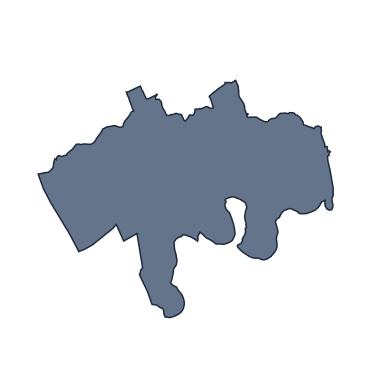 outline of Ploscuteni, Vrancea, Romania, rotated 255°
{"feature_id": "2599482B48240980122833", "entity_name": "Ploscuteni", "entity_type": "district", "adm_level": 2, "iso_a3": "ROU", "parent_name": "Romania", "parent_adm1": "Vrancea", "projection": "robinson", "projection_center": [27.264, 46.078], "detail": "fine", "context": "isolated", "style": "filled", "palette": "slate", "viewbox_px": 384, "rotation_deg": 255, "n_neighbors": 0, "source": "geoboundaries", "source_scale": "gbopen_adm2", "svg_char_len": 6097}
<svg xmlns="http://www.w3.org/2000/svg" viewBox="0 0 384 384"><g transform="rotate(255 192 192)"><path d="M273.4,119.9L268.2,113.4L267.1,112.5L265.5,110.5L265.0,109.4L264.4,107.6L264.3,106.2L264.6,105.1L266.1,101.1L266.5,98.7L266.5,97.1L267.4,95.4L267.9,93.5L268.0,92.5L264.4,87.7L263.6,86.0L262.1,82.6L260.1,79.8L260.2,77.9L260.0,75.1L261.5,73.2L261.6,72.3L261.2,71.4L260.0,70.1L259.4,69.8L258.3,69.5L259.5,68.1L256.3,66.1L252.8,64.7L251.6,64.1L249.9,61.7L248.7,59.5L248.3,58.4L248.3,57.5L248.7,55.3L249.1,48.0L233.3,49.4L218.1,52.8L197.2,58.9L190.4,60.7L187.7,61.7L179.7,63.7L163.6,67.3L163.9,68.4L164.3,71.9L164.6,74.0L166.7,82.2L176.8,105.1L177.6,106.6L180.3,110.4L162.3,113.4L166.1,128.1L131.8,124.7L129.7,122.2L127.2,121.0L126.4,120.0L125.9,119.9L124.7,120.2L124.2,120.3L123.9,120.1L107.7,123.2L93.7,124.3L91.9,128.7L89.0,130.9L87.2,133.1L86.6,133.7L84.8,133.9L81.2,133.3L78.3,133.6L78.0,134.2L77.9,134.8L76.8,137.1L76.4,138.6L76.5,142.2L77.2,146.4L77.8,148.3L78.2,149.1L78.7,150.2L80.1,152.0L81.9,153.6L84.8,155.2L87.0,155.9L90.0,156.2L94.3,155.9L95.6,155.6L100.2,153.5L101.9,152.9L104.0,152.5L106.9,149.4L109.7,147.8L112.7,149.8L115.9,151.6L119.7,153.3L122.4,154.3L123.0,154.8L124.1,156.3L125.4,157.7L126.0,158.1L129.2,159.6L130.7,160.0L134.3,160.1L136.0,160.5L137.9,160.2L142.5,160.5L147.1,161.4L149.1,162.5L149.5,163.0L150.1,163.9L150.9,164.7L151.1,165.1L151.2,166.1L151.5,167.1L151.7,168.5L151.8,170.5L152.8,171.8L153.0,172.5L152.0,174.6L151.6,175.8L150.3,176.9L149.1,179.1L145.4,182.7L143.1,184.6L144.2,185.3L145.3,185.8L147.5,186.1L151.2,189.3L148.3,191.4L144.8,193.4L143.7,194.1L142.0,196.3L137.9,200.1L135.9,201.4L135.1,202.7L135.3,203.0L135.3,203.6L133.7,207.8L133.3,210.0L133.3,212.5L133.5,213.7L133.9,215.9L134.5,217.9L135.1,218.7L137.0,220.4L139.2,222.1L140.0,222.5L141.1,222.9L145.5,223.5L150.4,223.8L157.2,223.4L161.5,222.9L162.6,222.7L164.5,221.5L166.9,220.5L169.5,220.3L171.7,220.4L172.6,221.7L173.8,222.4L175.1,222.1L175.7,221.7L176.1,222.1L176.6,223.3L176.8,224.1L177.0,228.9L177.0,229.5L175.8,232.3L174.5,233.4L172.8,236.4L171.5,237.5L170.3,238.3L170.0,238.8L168.7,240.0L168.0,240.5L167.1,240.8L163.6,241.0L163.0,240.9L162.0,240.3L159.5,238.7L156.5,237.4L154.9,236.5L150.1,236.0L148.7,236.3L147.6,236.2L146.7,235.5L144.3,235.7L143.6,235.4L143.2,234.1L139.4,233.3L136.6,231.5L135.0,229.7L133.8,228.6L132.4,228.2L130.6,227.1L129.9,226.3L129.5,225.3L129.2,223.0L129.0,222.5L128.4,222.0L127.6,221.8L127.0,221.8L121.0,225.2L115.1,230.5L113.5,232.5L111.8,235.5L111.6,236.9L110.9,238.9L110.4,239.7L109.2,241.1L108.1,242.9L107.8,244.6L107.8,246.6L108.2,248.4L109.2,251.4L109.5,252.0L109.9,252.4L112.5,256.3L114.9,258.6L117.2,260.0L121.0,260.9L125.0,261.3L128.6,263.1L129.9,264.1L132.2,264.9L140.2,264.9L140.8,264.7L142.2,265.1L142.8,265.6L143.8,267.0L144.3,268.3L144.6,269.4L146.0,270.8L148.3,272.7L150.2,275.8L150.8,281.4L150.8,281.9L150.4,282.8L149.4,284.3L147.6,286.4L147.0,287.4L145.3,289.0L144.5,289.5L143.5,289.9L142.4,293.2L141.7,295.7L141.6,296.9L141.9,302.0L142.4,305.4L142.9,307.1L143.6,308.2L144.0,309.1L144.8,310.4L145.5,311.4L148.9,314.7L149.1,316.6L149.4,318.5L147.2,317.6L146.0,317.2L144.1,317.1L143.1,317.2L141.3,317.7L140.4,318.2L139.3,319.4L138.6,321.4L138.9,322.5L139.7,323.2L140.6,323.6L141.1,324.3L142.4,324.6L149.2,325.3L152.2,327.5L159.3,329.4L177.7,331.0L186.5,331.3L190.2,331.9L191.2,332.2L191.8,332.6L191.9,333.0L191.9,333.6L192.0,334.0L192.9,334.0L194.1,334.4L195.0,336.0L196.0,335.5L196.4,334.9L196.6,334.5L196.1,333.6L200.7,334.3L201.3,333.1L201.1,331.8L202.3,332.3L203.9,332.6L209.4,332.1L215.4,331.7L216.4,332.1L217.3,332.8L219.2,333.0L220.9,333.6L222.1,332.4L222.4,331.8L223.0,330.8L223.2,329.6L223.1,328.2L223.0,327.9L222.4,327.2L221.5,326.5L223.3,324.3L225.0,321.4L226.4,319.9L227.1,318.5L228.2,317.1L229.2,317.3L231.2,317.3L235.3,316.0L238.7,313.8L239.6,312.1L241.5,311.2L241.9,310.9L242.7,309.2L243.2,307.6L243.3,306.4L242.8,305.0L243.6,303.8L244.2,301.8L245.1,297.5L244.2,295.4L242.5,293.3L241.8,291.9L241.7,291.1L242.2,288.7L242.3,287.5L241.3,284.7L240.7,284.1L240.3,282.9L240.9,280.9L241.7,279.7L244.1,276.9L247.6,273.6L249.3,267.3L249.5,265.6L249.7,265.2L250.2,264.8L250.7,264.7L251.4,264.8L252.6,266.3L253.1,266.3L253.4,265.9L252.8,264.9L254.5,264.5L255.5,264.8L257.1,264.3L259.4,264.6L260.9,264.9L264.0,264.8L269.8,263.0L271.3,262.3L272.1,262.2L274.1,262.4L277.0,263.1L282.3,264.0L286.7,263.3L287.2,263.0L287.7,263.2L288.6,263.0L288.6,262.6L288.0,261.4L287.1,258.0L287.8,257.2L288.1,256.5L288.4,255.3L288.5,254.3L289.2,252.2L288.1,252.0L287.7,251.7L286.3,248.2L284.8,243.6L283.2,240.4L282.7,238.7L281.8,237.1L280.8,234.7L279.9,233.4L279.2,233.4L277.9,233.9L274.9,234.2L268.0,234.4L267.8,234.2L267.6,233.1L267.8,232.3L268.2,231.4L268.7,230.7L270.3,229.1L270.6,228.5L270.7,226.9L270.0,223.0L270.0,222.3L270.7,221.0L270.2,219.0L271.0,218.1L271.2,216.8L270.7,216.1L269.4,215.8L267.0,214.5L266.5,213.4L265.9,212.4L265.9,211.6L266.7,210.9L267.0,210.0L266.9,209.4L266.4,208.8L265.1,208.0L264.5,207.0L262.9,204.9L262.3,203.6L262.5,203.3L263.3,202.9L268.2,202.1L269.4,201.8L269.9,201.5L270.1,200.8L270.1,200.0L270.2,199.6L270.9,199.0L271.7,197.8L272.0,197.1L272.1,196.1L271.7,193.6L271.8,193.0L272.2,192.2L272.3,191.6L272.2,191.3L271.7,190.6L271.7,190.3L272.6,187.3L276.2,186.7L279.0,186.0L279.9,185.6L280.9,185.5L283.2,185.3L284.9,185.4L285.4,185.6L287.2,185.6L290.2,184.1L290.4,183.7L290.4,181.5L290.6,181.1L293.1,181.1L294.3,182.8L295.0,183.5L295.4,183.6L295.6,183.4L295.6,183.1L295.2,182.5L294.7,182.3L294.9,182.0L294.6,181.6L294.7,181.0L293.6,175.1L293.4,172.8L293.7,172.3L295.2,171.6L295.8,171.6L299.5,170.9L301.5,170.8L301.9,170.5L303.4,170.0L305.7,169.9L306.2,169.6L307.6,169.6L307.4,167.5L305.4,156.7L305.3,155.6L305.5,154.4L301.4,154.8L299.5,155.4L297.3,155.2L293.3,155.7L288.0,156.1L285.5,156.8L285.3,156.5L285.2,154.9L284.8,154.0L282.8,152.1L280.0,148.6L278.2,145.9L276.6,144.3L275.3,143.4L274.1,142.8L273.0,142.0L272.9,141.6L272.9,141.1L273.3,139.0L274.0,137.6L275.7,135.3L276.4,133.1L276.5,132.2L276.4,131.0L276.8,127.2L276.8,126.4L275.9,122.1L275.4,121.5L273.4,119.9Z" fill="#64748b" stroke="#1e293b" stroke-width="1.5"/></g></svg>